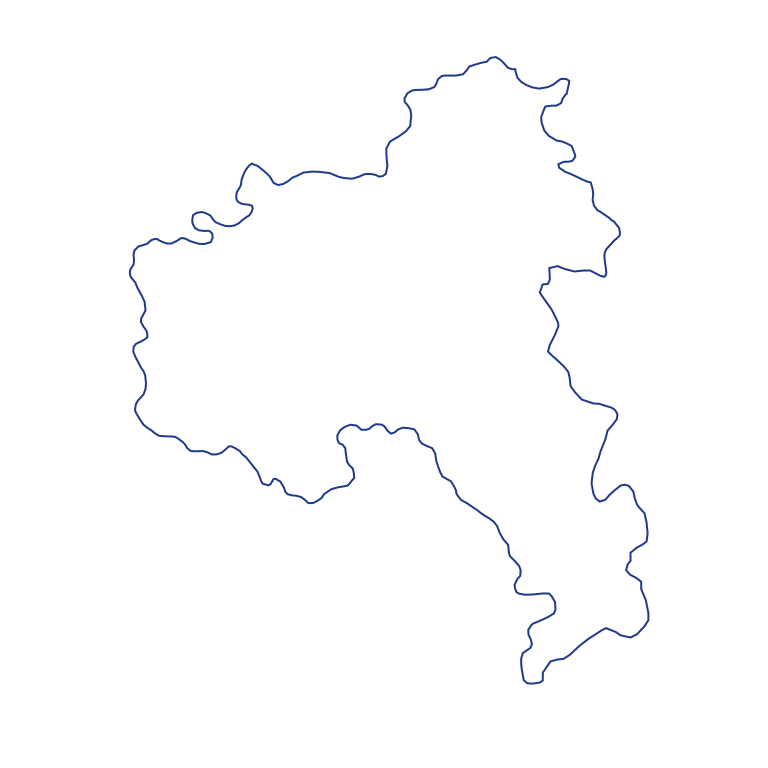 outline of Chashniki, Vitebsk, Belarus, rotated 264°
{"feature_id": "67162791B63587233546026", "entity_name": "Chashniki", "entity_type": "district", "adm_level": 2, "iso_a3": "BLR", "parent_name": "Belarus", "parent_adm1": "Vitebsk", "projection": "mercator", "projection_center": [29.143, 54.768], "detail": "fine", "context": "isolated", "style": "outline", "palette": "blue", "viewbox_px": 768, "rotation_deg": 264, "n_neighbors": 0, "source": "geoboundaries", "source_scale": "gbopen_adm2", "svg_char_len": 6128}
<svg xmlns="http://www.w3.org/2000/svg" viewBox="0 0 768 768"><g transform="rotate(264 384 384)"><path d="M384.4,133.7L384.1,133.6L380.9,134.5L373.0,138.2L368.6,140.6L365.1,144.1L362.3,147.8L359.1,150.8L356.0,154.8L355.0,160.0L354.4,164.3L353.9,168.0L353.3,170.5L351.5,173.3L346.8,178.3L343.7,180.3L340.4,181.8L337.5,185.0L336.8,189.4L336.5,193.7L336.2,197.1L334.6,201.1L332.0,205.2L331.5,209.6L332.2,213.9L333.1,216.1L335.6,219.7L338.1,223.0L338.0,225.5L335.9,229.1L332.3,233.7L328.9,235.7L325.5,239.2L319.8,242.8L315.1,245.8L310.1,249.0L304.9,250.5L300.0,251.8L297.6,252.9L295.3,258.3L296.1,260.6L298.6,262.4L301.0,264.2L301.0,266.6L299.6,268.1L297.9,270.7L294.2,272.4L290.7,273.9L286.9,274.7L284.4,276.8L282.9,280.8L282.0,285.1L280.3,289.7L276.8,293.5L273.4,296.4L273.1,301.3L274.8,305.6L277.1,309.9L280.9,313.1L282.6,316.3L284.9,320.6L286.1,327.8L286.4,333.0L286.7,337.1L289.5,340.2L293.9,344.6L299.6,344.6L303.4,344.0L307.1,340.8L310.9,339.1L319.3,338.8L324.2,338.8L327.9,336.5L329.9,333.0L333.4,331.9L337.7,332.2L342.6,335.6L345.5,340.5L347.0,346.3L345.5,352.4L340.9,356.7L340.3,361.3L340.9,364.5L343.2,367.7L344.9,371.7L343.8,377.5L341.8,380.1L337.4,382.4L334.0,385.5L334.6,389.3L337.2,393.1L338.6,398.0L337.4,404.3L335.7,409.5L330.5,412.4L324.7,413.0L320.7,415.6L317.8,420.2L315.2,425.1L309.5,427.7L301.7,428.0L295.3,429.4L289.8,430.9L285.8,432.6L282.9,436.6L280.3,440.4L274.8,443.0L270.8,444.4L266.8,444.7L260.7,448.5L256.9,453.9L251.7,460.0L248.9,463.5L246.0,466.3L242.2,470.7L239.6,474.4L235.6,478.7L231.0,481.6L226.4,482.8L222.9,483.9L217.4,486.3L214.8,488.0L211.1,490.6L206.7,490.6L202.7,490.6L199.8,491.2L197.2,493.2L194.0,495.8L188.6,499.5L184.5,500.4L179.0,499.5L175.9,496.1L170.7,492.9L167.2,492.9L163.2,494.0L161.4,496.4L159.7,502.1L159.1,510.2L159.1,515.7L159.1,520.3L158.3,526.4L155.1,528.7L149.3,531.3L141.8,531.0L138.1,529.0L135.5,523.8L133.4,518.0L131.4,511.6L130.3,507.6L129.1,505.6L124.5,501.8L119.6,501.5L114.7,503.3L109.8,503.9L106.3,502.1L104.0,497.8L101.7,493.8L96.5,491.7L91.3,491.2L85.8,491.2L74.9,492.0L71.4,495.2L70.5,500.4L70.8,507.9L72.5,510.9L80.4,511.8L85.8,516.4L90.7,520.6L91.9,527.9L91.9,534.0L95.3,540.5L103.8,552.0L109.5,561.2L113.0,568.5L116.1,574.3L118.0,579.3L113.0,588.8L109.5,592.7L106.1,602.6L108.8,609.6L115.7,617.6L121.4,622.2L128.3,623.0L141.7,621.8L152.9,618.4L160.5,619.1L165.1,614.2L168.6,608.8L173.6,605.3L179.3,607.6L182.4,610.7L190.4,611.5L194.7,618.0L197.4,624.5L200.0,628.7L208.1,630.6L219.6,630.6L228.4,629.5L233.4,625.7L237.6,623.0L242.4,621.9L244.5,621.4L251.0,620.7L257.2,616.8L258.7,612.6L258.3,608.8L253.7,601.5L250.3,596.9L245.7,591.9L244.5,586.2L248.0,582.7L253.0,580.8L263.3,580.0L273.7,582.3L280.6,585.4L287.5,589.6L294.4,592.3L305.9,598.4L314.3,601.5L319.7,607.3L324.7,611.9L329.7,613.0L333.9,611.1L336.6,608.0L339.2,601.9L341.9,595.7L342.7,590.4L347.7,579.3L355.7,573.1L362.6,569.3L371.1,569.3L376.8,568.5L382.2,565.1L389.5,558.9L395.2,553.6L399.1,550.5L405.2,552.8L415.9,559.7L423.2,563.5L426.7,563.5L432.4,561.6L440.5,558.5L445.9,555.5L452.8,551.6L458.6,548.5L466.4,552.1L466.4,557.5L470.6,559.9L482.0,560.5L483.1,568.9L479.6,575.5L476.0,585.1L476.0,593.5L475.4,600.7L468.8,610.8L467.6,614.3L469.0,616.0L471.3,616.7L476.9,616.7L481.6,616.5L487.7,616.5L491.4,617.2L494.8,619.2L497.3,621.9L499.7,624.8L502.7,628.0L504.4,630.7L506.4,633.2L507.6,634.2L510.0,634.4L514.5,634.2L519.1,631.2L521.6,629.7L522.8,627.8L525.7,625.3L532.9,616.8L534.4,614.5L539.4,611.5L545.2,610.7L550.9,611.9L555.5,611.9L562.8,610.7L564.4,606.5L567.8,600.7L569.3,598.4L573.2,591.9L576.2,586.2L580.8,580.8L584.3,580.4L586.2,585.8L585.8,590.8L586.2,594.6L590.0,598.0L593.1,597.7L601.2,595.4L604.2,590.8L606.5,586.5L608.1,581.2L613.4,574.0L619.3,569.9L627.4,568.1L632.8,568.1L639.9,571.6L643.1,573.5L643.3,579.9L642.8,584.3L644.8,589.5L649.2,591.5L653.1,595.1L653.3,595.9L663.6,599.4L666.1,599.9L668.4,596.9L668.9,591.6L664.1,583.7L662.1,577.9L661.6,569.0L663.6,562.2L666.6,556.6L670.2,552.0L674.7,548.7L680.8,547.5L683.3,547.5L683.8,543.8L685.8,540.1L690.6,536.7L694.5,533.4L697.5,529.2L697.1,523.8L693.8,519.9L693.2,513.7L692.1,507.9L690.8,502.0L687.7,499.4L683.8,495.0L683.2,487.8L683.8,482.4L684.4,477.3L684.2,473.6L681.4,469.5L677.9,467.9L674.2,465.3L672.5,459.9L672.5,455.8L672.7,452.0L673.1,446.2L672.9,442.6L670.9,437.9L665.9,434.2L662.4,434.1L658.5,436.8L654.2,438.9L648.5,439.2L642.2,437.9L637.8,437.0L633.2,432.4L628.8,424.8L626.7,420.0L624.3,415.2L618.1,411.0L612.3,410.4L605.7,410.2L600.5,410.2L592.8,407.8L590.9,404.5L590.7,401.0L592.8,397.5L594.0,393.8L594.6,389.7L594.6,386.2L593.1,381.8L592.4,379.0L591.5,373.7L593.1,365.4L594.8,360.7L596.4,357.6L599.6,351.7L600.5,347.3L601.8,341.5L602.7,335.3L602.7,329.9L602.7,326.0L600.1,319.0L598.7,314.4L595.7,309.8L593.5,304.8L592.9,299.6L595.3,295.4L602.7,291.9L608.6,286.7L614.2,281.0L616.4,276.3L617.0,275.7L616.6,274.9L615.3,272.6L613.0,270.4L610.9,268.6L608.4,266.9L604.4,264.8L601.3,263.5L597.9,262.8L595.7,261.9L592.7,259.6L590.3,257.8L587.1,256.8L583.1,256.5L580.5,257.8L578.3,260.9L577.3,264.3L576.5,268.1L575.2,271.3L572.3,271.8L568.7,270.2L565.9,267.8L564.2,264.3L562.6,261.6L561.4,259.6L559.3,256.9L558.8,255.7L557.3,251.9L557.0,247.3L557.9,242.4L560.2,237.5L562.5,233.5L564.2,232.0L569.7,228.9L572.6,224.5L574.1,220.8L573.8,215.6L572.0,211.8L567.1,210.4L563.7,210.4L558.8,212.4L556.2,215.9L555.0,221.4L554.7,225.1L554.1,226.8L551.5,228.9L547.5,228.9L543.2,226.6L542.0,219.9L542.6,215.3L544.6,210.1L546.1,206.6L549.5,201.2L550.4,197.7L548.2,193.4L547.0,190.3L546.0,187.2L546.2,183.5L547.9,179.4L550.6,175.0L552.1,173.3L552.1,170.7L551.4,167.6L548.2,163.1L547.1,157.8L546.6,154.5L544.7,151.9L542.7,149.7L538.8,148.4L535.3,148.4L532.2,148.2L529.0,147.4L526.8,145.6L523.9,143.4L520.5,142.8L516.7,143.4L514.8,144.7L510.9,147.3L505.8,148.7L501.7,150.4L496.9,152.4L490.8,154.5L482.1,154.5L477.1,151.1L474.4,149.3L471.1,148.7L466.3,150.8L462.4,153.0L458.9,153.9L455.0,153.4L453.0,149.8L451.5,146.2L450.0,141.7L447.2,139.0L442.4,138.0L437.3,139.5L426.2,143.8L421.6,146.3L417.1,147.4L409.7,147.4L404.0,146.3L398.8,143.8L395.5,140.1L393.5,137.7L389.8,135.1L384.4,133.7Z" fill="none" stroke="#1e3a8a" stroke-width="2"/></g></svg>